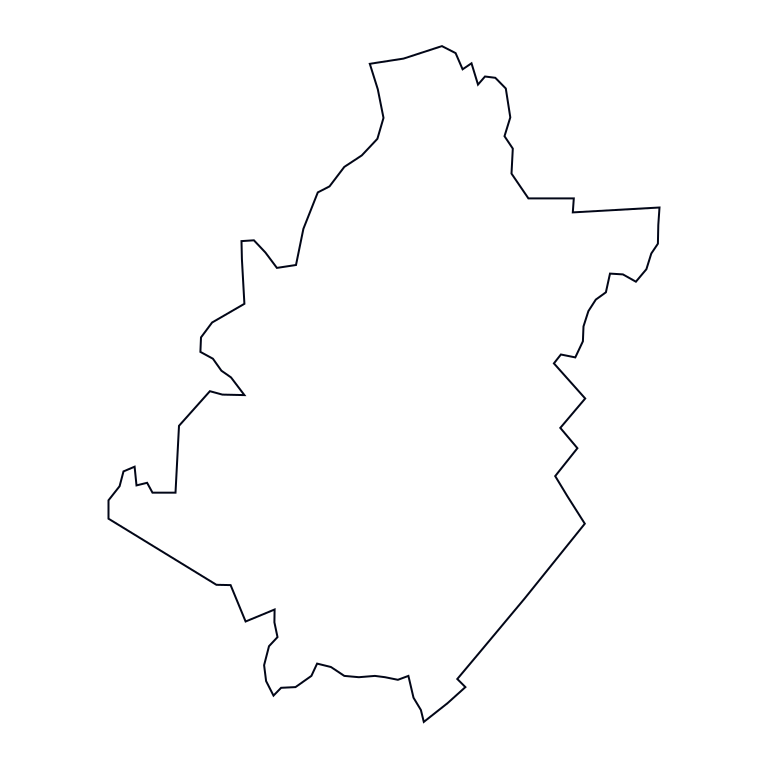 outline of Erebango, Rio Grande do Sul, Brazil
{"feature_id": "56859067B55253671432658", "entity_name": "Erebango", "entity_type": "district", "adm_level": 2, "iso_a3": "BRA", "parent_name": "Brazil", "parent_adm1": "Rio Grande do Sul", "projection": "equal_earth", "projection_center": [-52.321, -27.826], "detail": "fine", "context": "isolated", "style": "outline", "palette": "ink", "viewbox_px": 768, "rotation_deg": 0, "n_neighbors": 0, "source": "geoboundaries", "source_scale": "gbopen_adm2", "svg_char_len": 1352}
<svg xmlns="http://www.w3.org/2000/svg" viewBox="0 0 768 768"><path d="M659.5,207.5L572.8,212.4L573.8,198.4L528.4,198.4L511.5,173.6L512.8,148.6L504.5,136.2L510.3,117.4L505.8,88.5L495.3,77.8L485.0,76.5L478.0,84.6L471.5,63.3L462.6,69.3L455.6,53.1L441.9,46.1L403.5,58.6L369.8,63.8L377.8,89.3L383.5,117.9L377.4,138.8L361.8,155.4L344.3,166.9L329.5,186.4L317.8,192.4L303.4,228.8L296.0,265.0L276.9,267.9L265.4,252.5L253.9,240.3L241.5,241.1L241.9,259.0L244.4,303.8L212.1,322.5L201.0,337.4L200.4,351.9L212.9,358.7L221.4,370.7L231.0,377.4L244.4,395.1L222.4,394.6L209.9,391.2L179.0,425.8L175.5,492.7L152.5,492.7L147.1,482.8L136.5,485.4L134.6,466.7L123.5,471.4L119.6,486.2L108.5,500.3L108.5,518.7L216.4,584.8L230.6,585.1L245.6,621.5L274.6,609.5L274.4,622.3L277.5,637.1L269.0,646.2L264.1,665.2L266.1,681.1L273.5,695.6L281.1,687.8L295.5,687.1L311.4,675.9L317.1,663.6L330.9,667.0L344.3,675.9L358.9,677.2L374.9,675.9L385.0,677.2L397.9,679.8L408.4,675.9L413.5,697.7L420.9,710.0L423.8,721.9L447.5,703.2L465.4,687.1L457.3,679.0L480.2,651.7L524.8,598.3L584.8,523.7L567.3,496.1L555.2,476.1L577.4,448.2L560.3,427.9L585.2,398.5L553.9,363.4L560.9,354.5L575.3,357.4L582.9,341.3L583.5,326.4L588.4,311.1L595.8,299.6L605.9,292.3L610.0,273.6L622.9,274.4L635.9,281.7L646.4,269.2L651.3,253.5L657.9,243.7L658.3,224.9L659.5,207.5Z" fill="none" stroke="#020617" stroke-width="2"/></svg>